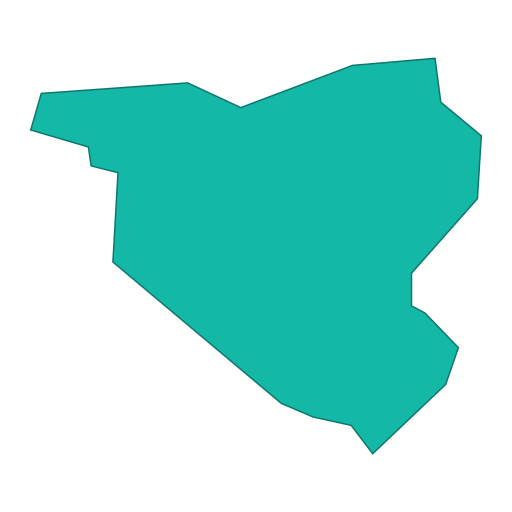 Kuçovë, Berat, Albania
{"feature_id": "67620474B36949901982284", "entity_name": "Kuçovë", "entity_type": "district", "adm_level": 2, "iso_a3": "ALB", "parent_name": "Albania", "parent_adm1": "Berat", "projection": "albers", "projection_center": [19.91, 40.812], "detail": "fine", "context": "isolated", "style": "filled", "palette": "teal", "viewbox_px": 512, "rotation_deg": 0, "n_neighbors": 0, "source": "geoboundaries", "source_scale": "gbopen_adm2", "svg_char_len": 398}
<svg xmlns="http://www.w3.org/2000/svg" viewBox="0 0 512 512"><path d="M41.3,93.4L30.7,130.0L88.4,147.0L91.1,165.9L118.0,172.7L112.9,262.0L281.3,403.4L313.1,417.0L351.2,425.4L372.7,453.7L445.7,384.4L458.4,347.7L425.0,313.1L411.5,305.8L411.5,273.2L477.4,198.7L481.3,135.8L440.8,102.2L435.0,58.3L352.5,65.4L240.8,107.6L187.6,82.9L41.3,93.4Z" fill="#14b8a6" stroke="#0f766e" stroke-width="1.5"/></svg>